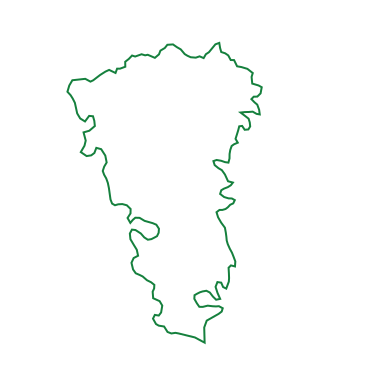 Estrela Velha, Rio Grande do Sul, Brazil, rotated 344°
{"feature_id": "56859067B2904675131057", "entity_name": "Estrela Velha", "entity_type": "district", "adm_level": 2, "iso_a3": "BRA", "parent_name": "Brazil", "parent_adm1": "Rio Grande do Sul", "projection": "equal_earth", "projection_center": [-53.174, -29.247], "detail": "fine", "context": "isolated", "style": "outline", "palette": "green", "viewbox_px": 384, "rotation_deg": 344, "n_neighbors": 0, "source": "geoboundaries", "source_scale": "gbopen_adm2", "svg_char_len": 3010}
<svg xmlns="http://www.w3.org/2000/svg" viewBox="0 0 384 384"><g transform="rotate(344 192 192)"><path d="M287.9,110.5L285.3,107.9L279.8,104.4L281.0,97.8L283.2,94.4L279.2,88.9L273.9,85.5L270.0,83.6L268.8,76.8L265.6,75.8L264.5,70.7L262.1,67.8L258.7,65.5L258.7,61.3L259.3,56.2L255.2,56.5L246.8,62.3L243.3,63.4L240.1,66.5L236.7,63.7L232.7,63.9L227.9,62.1L225.1,59.7L223.0,57.4L220.5,51.8L217.5,48.7L214.4,44.9L208.9,43.7L205.5,46.1L200.6,47.4L198.2,50.6L193.3,52.8L187.3,47.9L184.6,47.7L181.5,45.7L174.7,46.1L172.0,44.3L167.9,46.7L163.7,48.4L162.4,53.2L156.8,53.6L154.0,52.8L151.3,56.5L146.0,51.8L142.0,52.4L135.9,54.2L127.8,57.4L124.8,57.9L120.6,53.8L107.8,51.6L103.4,55.8L99.9,61.3L102.0,65.5L103.1,69.3L104.0,74.0L103.3,84.8L104.8,90.5L108.6,94.7L114.1,90.5L117.7,91.9L117.7,96.7L116.8,101.8L110.2,104.8L104.2,104.8L104.0,113.3L101.4,117.9L96.1,123.0L100.6,128.4L105.2,129.0L108.9,127.6L112.2,123.2L116.5,125.8L118.7,133.1L118.1,140.1L114.6,143.4L112.0,147.2L112.3,151.2L113.3,155.4L113.6,160.1L113.2,165.4L111.6,176.7L112.0,181.1L114.3,183.5L117.7,183.5L121.7,184.4L125.7,186.8L128.3,191.4L127.0,195.6L122.9,199.2L124.2,204.7L127.4,202.5L130.4,201.1L134.5,202.4L138.5,206.7L141.1,208.3L145.6,211.1L148.7,213.6L150.1,218.2L148.7,222.0L146.2,224.8L143.1,225.5L140.0,226.1L136.4,225.7L133.6,222.5L131.4,217.8L127.2,213.0L123.9,211.6L120.8,214.8L119.8,220.4L121.5,226.9L123.0,232.3L122.6,238.4L117.7,239.4L114.3,243.4L114.0,250.2L115.5,254.6L118.9,257.4L121.3,259.6L124.4,264.4L127.8,267.5L130.2,270.9L129.0,274.3L126.7,277.0L125.4,283.4L130.8,288.0L132.1,293.0L129.1,299.3L126.0,301.6L122.4,299.9L119.6,303.0L121.0,309.0L123.2,311.3L128.1,313.6L129.9,319.8L133.2,322.3L137.2,322.8L140.0,324.2L154.7,332.6L162.6,340.3L166.4,325.6L170.7,319.7L184.0,316.5L187.6,315.1L189.5,312.2L186.4,309.2L183.5,308.6L180.3,307.5L175.8,305.6L170.8,305.4L167.4,304.4L166.0,300.3L164.8,295.3L166.0,291.9L168.8,291.2L171.9,290.6L174.7,290.5L178.6,290.9L181.4,293.5L183.3,298.3L185.5,302.2L189.6,302.5L188.7,296.0L188.5,289.7L191.6,285.6L195.1,287.2L195.7,291.9L198.3,294.3L202.7,288.3L203.9,285.0L205.0,280.6L206.3,274.9L209.2,273.3L212.8,275.4L214.5,270.7L214.1,265.5L213.7,261.4L212.7,256.9L212.0,251.9L212.0,248.2L212.7,244.5L213.3,240.4L213.8,235.4L211.6,229.5L210.1,223.5L210.0,218.2L213.5,216.8L216.3,217.6L219.5,217.6L222.2,216.6L225.2,214.8L228.5,214.3L230.9,211.6L228.5,209.2L225.4,208.2L221.5,205.7L218.5,201.6L220.6,198.4L223.6,197.6L227.8,197.2L231.2,196.2L233.9,194.2L229.6,191.6L228.5,184.3L226.7,179.2L224.0,176.4L221.2,172.4L221.1,168.2L224.5,168.0L228.6,170.0L232.0,172.4L235.1,173.8L237.3,170.1L238.6,165.8L240.4,162.1L242.8,158.7L245.6,157.7L249.6,157.2L248.5,152.9L251.1,149.0L253.5,145.3L255.5,141.9L258.4,142.3L259.8,146.7L263.4,147.4L266.0,145.0L266.7,141.0L266.6,137.1L264.2,133.8L260.6,129.0L265.1,129.8L268.5,130.7L272.5,131.5L275.6,134.7L278.5,136.1L279.2,131.4L278.8,126.0L276.8,123.0L274.7,119.1L277.6,117.4L281.1,118.3L285.1,116.1L287.9,110.5Z" fill="none" stroke="#15803d" stroke-width="2"/></g></svg>